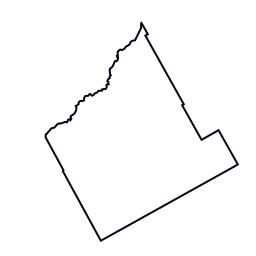 the district of Haakon, South Dakota, United States of America, rotated 331°
{"feature_id": "52423323B12436864135632", "entity_name": "Haakon", "entity_type": "district", "adm_level": 2, "iso_a3": "USA", "parent_name": "United States of America", "parent_adm1": "South Dakota", "projection": "orthographic", "projection_center": [-101.585, 44.371], "detail": "fine", "context": "isolated", "style": "outline", "palette": "ink", "viewbox_px": 256, "rotation_deg": 331, "n_neighbors": 0, "source": "geoboundaries", "source_scale": "gbopen_adm2", "svg_char_len": 1282}
<svg xmlns="http://www.w3.org/2000/svg" viewBox="0 0 256 256"><g transform="rotate(331 128 128)"><path d="M203.5,213.2L206.4,213.1L206.1,173.8L186.6,174.0L186.4,134.3L188.3,134.3L188.0,55.6L190.8,55.6L190.7,42.6L190.3,42.7L188.0,46.8L176.7,54.7L173.7,53.7L171.6,54.3L169.6,55.8L165.3,55.9L163.5,56.9L160.3,56.9L159.2,55.6L156.1,56.2L155.0,58.1L154.3,59.7L153.3,59.4L152.9,60.9L153.5,61.5L152.5,63.0L150.8,64.0L148.8,63.3L146.9,64.9L144.0,66.9L140.8,67.5L139.7,69.1L138.3,72.6L138.5,73.6L136.8,74.1L136.2,75.5L134.3,75.7L132.6,77.0L133.1,78.3L132.3,80.4L131.3,79.6L129.9,80.1L129.2,82.0L128.0,82.9L126.8,82.9L126.0,82.1L124.7,82.0L123.9,81.7L123.5,82.7L122.2,82.2L120.3,81.2L118.0,82.0L115.9,81.6L113.8,82.4L112.2,82.3L111.7,80.9L111.6,80.0L110.2,79.8L109.0,80.5L107.6,80.0L106.1,79.3L104.1,80.5L103.1,82.5L101.5,82.5L100.7,81.8L99.0,81.2L97.3,81.6L96.4,83.1L94.5,83.5L92.9,83.4L92.8,85.3L90.7,87.8L88.1,89.5L86.3,89.6L83.6,89.9L82.8,91.4L82.9,92.4L81.5,93.2L81.5,92.4L79.9,91.6L78.7,92.7L77.4,93.4L76.8,92.6L75.8,92.2L73.8,91.9L72.0,91.5L70.7,91.3L70.0,90.6L68.8,90.4L67.5,90.7L65.6,91.3L64.0,91.9L62.2,91.6L60.7,91.1L58.0,92.3L56.1,92.8L54.7,93.6L53.0,93.7L51.6,96.0L51.4,96.1L51.1,133.7L50.1,134.1L49.6,213.4L203.5,213.2Z" fill="none" stroke="#020617" stroke-width="2"/></g></svg>